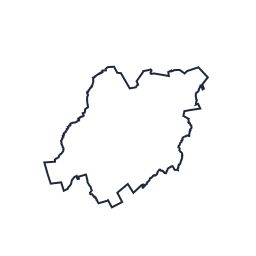 the district of Bachíniva, Chihuahua, Mexico, rotated 243°
{"feature_id": "50627088B52742808482976", "entity_name": "Bachíniva", "entity_type": "district", "adm_level": 2, "iso_a3": "MEX", "parent_name": "Mexico", "parent_adm1": "Chihuahua", "projection": "albers", "projection_center": [-107.312, 28.853], "detail": "fine", "context": "isolated", "style": "outline", "palette": "slate", "viewbox_px": 256, "rotation_deg": 243, "n_neighbors": 0, "source": "geoboundaries", "source_scale": "gbopen_adm2", "svg_char_len": 5695}
<svg xmlns="http://www.w3.org/2000/svg" viewBox="0 0 256 256"><g transform="rotate(243 128 128)"><path d="M136.9,222.1L150.1,218.3L151.9,206.5L150.9,203.2L156.3,200.4L158.5,195.7L158.5,193.6L158.8,192.3L159.5,192.5L159.6,189.3L155.8,188.0L164.9,175.8L165.1,174.8L165.4,174.1L165.6,173.3L165.9,173.1L166.7,173.0L167.2,173.2L168.0,174.5L168.7,175.1L169.2,175.1L169.7,174.9L169.9,174.6L170.2,172.8L171.7,167.6L171.7,167.4L171.4,167.3L170.4,165.6L165.7,156.8L162.5,156.8L161.9,156.6L162.0,155.4L160.7,153.5L162.5,147.5L180.1,146.6L182.0,143.5L188.9,143.4L191.4,137.7L190.8,135.0L189.4,134.4L190.8,131.2L189.4,130.6L189.8,129.6L189.2,129.3L189.6,128.3L189.4,127.8L189.5,127.8L189.6,127.5L189.2,127.1L189.4,126.8L189.6,126.7L189.4,125.8L189.5,125.0L189.2,124.1L189.0,123.0L189.1,122.8L189.1,122.4L188.6,121.9L188.5,121.3L188.5,121.0L188.7,120.8L188.8,120.3L188.7,119.6L187.7,119.6L186.6,118.6L185.4,118.5L184.4,117.5L181.4,114.8L181.8,114.4L180.8,113.3L180.7,112.9L180.8,112.4L179.9,111.3L179.5,110.4L179.6,110.1L178.5,109.2L178.7,108.9L178.7,108.7L178.8,108.5L178.8,108.3L178.3,107.7L178.0,107.8L177.9,107.5L177.9,107.4L177.5,107.4L177.1,107.3L176.9,107.4L175.7,107.5L175.2,107.0L174.1,105.6L172.0,104.6L171.4,104.1L170.4,103.9L169.8,103.5L168.1,102.9L167.6,102.7L166.9,102.7L166.6,102.4L164.7,101.9L164.6,101.6L164.4,98.9L163.7,97.9L163.0,97.5L162.7,97.5L161.4,96.4L161.8,94.5L159.1,94.1L159.1,93.4L158.9,93.1L159.2,92.2L159.0,91.8L159.1,91.4L159.4,91.0L159.5,90.6L159.0,90.0L159.0,89.9L159.1,89.1L159.1,88.3L158.9,87.9L158.6,87.9L158.4,88.3L157.7,88.3L157.3,88.1L157.4,87.6L157.0,87.8L156.9,87.7L157.2,86.7L156.8,84.8L156.9,84.6L156.8,83.8L157.1,82.7L157.4,82.3L157.5,81.8L157.7,81.5L157.8,80.1L158.1,79.6L158.0,79.0L157.5,77.9L157.2,78.1L156.8,78.0L156.6,78.0L156.5,77.8L156.9,77.1L156.9,76.8L156.8,76.5L156.4,75.9L156.1,75.6L156.0,75.4L156.1,75.1L155.7,75.2L155.3,75.0L155.1,74.5L155.1,74.2L154.8,73.9L154.7,73.4L154.9,73.4L154.9,73.1L154.6,73.1L154.6,72.9L154.1,72.8L153.5,71.6L153.3,71.3L153.3,70.9L152.7,70.6L152.8,70.3L152.6,70.0L152.7,69.6L152.6,69.1L152.3,68.9L152.2,68.5L152.3,68.2L152.0,67.9L151.5,68.0L151.4,67.7L150.8,67.7L150.6,67.4L150.7,67.1L150.6,66.9L150.7,66.6L150.6,66.3L150.0,66.5L149.6,66.4L149.7,66.2L149.1,65.3L148.9,65.1L148.6,65.0L148.6,64.8L148.2,64.6L148.2,64.2L147.3,63.5L147.1,62.7L146.9,62.5L146.3,62.3L145.2,62.1L144.5,61.9L144.2,61.5L143.5,61.4L143.0,61.6L142.6,61.6L140.5,61.2L140.0,61.3L138.9,61.3L138.2,60.5L137.5,60.4L137.2,60.0L136.7,59.6L135.9,57.9L135.4,57.2L135.3,55.4L134.4,53.9L133.7,53.4L133.2,51.3L133.4,50.7L133.3,49.6L133.0,48.5L131.1,47.7L135.3,37.8L123.0,35.4L113.5,33.9L109.9,43.8L101.2,42.3L101.2,46.1L101.0,46.4L102.2,47.8L103.0,50.1L103.8,51.4L104.0,52.0L104.4,52.2L105.5,53.0L107.0,54.4L107.2,54.7L107.7,56.1L108.5,57.3L108.7,58.7L108.6,60.5L106.6,59.9L105.4,59.9L105.0,61.2L107.1,61.7L105.6,69.4L99.4,68.0L98.5,67.4L98.2,67.3L94.2,67.5L92.9,68.0L88.7,67.3L87.6,64.7L86.1,64.4L85.3,66.0L82.4,66.4L82.2,67.1L81.0,67.0L80.8,67.5L78.7,67.5L78.3,67.2L78.1,67.3L78.0,67.5L77.6,67.7L76.6,67.5L75.6,67.4L74.3,67.7L72.6,76.4L72.8,77.4L64.6,77.6L64.7,89.2L75.2,89.1L78.2,102.4L67.8,103.4L71.0,114.3L70.6,116.2L70.4,116.2L70.2,115.5L68.6,114.1L68.2,113.9L68.0,114.0L68.3,114.8L68.5,115.8L68.8,116.4L68.8,116.6L69.1,116.7L69.5,117.5L69.4,119.1L70.0,119.6L70.5,119.7L70.6,119.9L70.5,120.4L71.2,121.0L71.2,121.9L71.6,123.3L72.5,124.0L73.1,124.7L73.0,125.2L73.2,125.5L73.0,125.8L73.2,126.1L73.1,126.5L74.0,128.8L74.0,129.0L73.7,129.3L73.9,129.8L74.1,129.7L74.1,130.1L73.3,130.8L73.4,131.3L73.3,131.5L73.7,132.3L73.7,133.0L74.2,133.4L74.5,133.4L75.0,133.9L75.6,135.1L76.3,136.1L76.6,137.1L76.4,137.7L75.7,137.9L75.3,137.8L75.0,138.0L75.0,138.3L74.3,138.9L74.2,139.4L73.6,139.4L73.4,139.6L73.3,139.9L72.9,140.0L72.1,139.8L71.3,140.3L71.3,140.6L70.7,140.9L70.6,141.3L70.5,141.5L70.8,141.8L71.2,141.8L71.8,142.9L72.2,143.2L72.6,143.9L73.6,144.9L73.8,145.5L73.9,145.8L73.9,146.7L74.0,147.1L73.8,148.0L74.0,148.2L74.2,148.8L74.1,149.0L73.9,150.2L73.8,150.4L72.9,150.4L71.7,150.6L70.8,150.6L70.1,150.4L69.8,150.5L69.4,150.8L69.0,151.4L68.7,152.6L68.4,152.8L68.2,153.0L68.3,153.1L68.0,153.3L68.7,153.5L69.4,154.4L69.8,154.6L70.2,154.7L70.4,155.3L70.8,155.4L71.4,155.8L71.5,156.0L71.6,156.4L72.2,156.5L72.4,156.9L72.2,157.7L72.3,158.0L73.7,159.5L74.2,159.8L74.7,160.6L75.2,160.8L75.7,161.6L75.9,161.7L76.9,162.8L77.2,163.0L77.7,163.0L78.1,163.3L78.5,163.2L78.6,163.3L78.6,163.8L78.8,164.0L79.8,164.1L80.3,164.4L80.3,164.5L81.5,164.7L82.3,164.4L82.9,163.9L84.1,163.8L84.2,163.7L84.6,163.6L86.2,164.7L87.4,164.6L88.0,164.2L88.5,164.7L88.9,164.8L89.1,165.0L89.4,166.3L90.0,166.9L90.5,167.3L91.1,167.9L91.3,169.5L91.5,169.6L92.0,169.6L92.6,169.8L92.7,171.3L93.4,171.6L93.6,171.5L93.9,171.6L94.5,172.3L94.7,174.0L94.5,175.6L94.3,176.0L94.6,176.8L94.6,177.2L93.9,178.0L93.5,178.2L93.1,178.7L93.1,179.0L93.9,179.2L94.2,179.4L94.3,179.6L95.4,180.3L96.0,181.0L96.7,181.1L97.2,181.7L97.1,182.0L97.4,182.5L97.6,182.6L97.8,182.1L98.1,182.2L98.8,183.4L99.0,184.3L99.4,184.8L100.6,185.1L101.4,185.6L101.6,185.6L102.1,185.1L102.7,185.0L104.1,185.4L104.6,185.0L104.8,184.5L104.9,184.4L105.3,184.4L105.5,184.6L105.8,184.4L106.0,184.7L106.9,185.4L108.0,185.6L108.3,185.8L108.6,186.2L113.7,182.8L117.5,186.0L117.0,187.2L115.6,192.0L112.5,201.2L117.7,201.4L118.0,199.2L118.3,199.6L118.5,199.4L120.3,200.6L121.3,201.9L122.0,202.0L122.5,201.8L122.8,201.8L124.1,202.5L125.5,202.7L126.6,203.4L126.9,203.5L127.6,203.9L127.8,204.4L128.5,204.9L128.4,205.7L128.6,206.2L128.7,207.2L129.1,207.6L129.5,208.3L130.3,208.6L130.4,208.8L131.1,209.7L131.5,210.6L132.9,211.7L132.9,212.2L132.4,212.6L128.5,212.0L128.6,213.4L133.1,214.0L136.9,222.1Z" fill="none" stroke="#1e293b" stroke-width="2"/></g></svg>